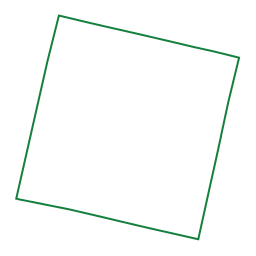 the district of Walworth, Wisconsin, United States of America, rotated 13°
{"feature_id": "52423323B18834110145420", "entity_name": "Walworth", "entity_type": "district", "adm_level": 2, "iso_a3": "USA", "parent_name": "United States of America", "parent_adm1": "Wisconsin", "projection": "orthographic", "projection_center": [-88.5, 42.668], "detail": "fine", "context": "isolated", "style": "outline", "palette": "green", "viewbox_px": 256, "rotation_deg": 13, "n_neighbors": 0, "source": "geoboundaries", "source_scale": "gbopen_adm2", "svg_char_len": 477}
<svg xmlns="http://www.w3.org/2000/svg" viewBox="0 0 256 256"><g transform="rotate(13 128 128)"><path d="M220.4,34.5L193.2,34.1L174.1,34.3L128.0,34.1L81.7,34.2L66.4,34.2L37.5,34.0L35.4,34.0L35.3,38.4L34.5,81.2L35.0,222.0L39.4,222.0L62.3,221.3L89.5,220.5L128.3,220.6L141.6,220.7L159.5,220.8L176.9,220.8L221.5,220.6L221.2,189.6L220.9,158.4L220.8,142.8L220.5,115.9L220.4,113.8L219.9,80.9L219.9,80.2L220.4,35.2L220.4,34.5Z" fill="none" stroke="#15803d" stroke-width="2"/></g></svg>